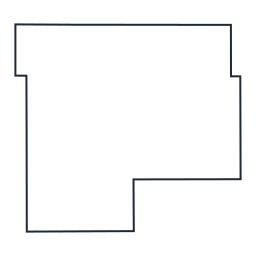 outline of Grundy, Iowa, United States of America
{"feature_id": "52423323B59450534415384", "entity_name": "Grundy", "entity_type": "district", "adm_level": 2, "iso_a3": "USA", "parent_name": "United States of America", "parent_adm1": "Iowa", "projection": "equal_earth", "projection_center": [-92.822, 42.383], "detail": "fine", "context": "isolated", "style": "outline", "palette": "slate", "viewbox_px": 256, "rotation_deg": 0, "n_neighbors": 0, "source": "geoboundaries", "source_scale": "gbopen_adm2", "svg_char_len": 269}
<svg xmlns="http://www.w3.org/2000/svg" viewBox="0 0 256 256"><path d="M26.8,231.6L133.8,231.1L133.5,179.4L240.6,179.2L240.3,76.3L231.0,76.3L230.9,24.9L69.7,24.7L15.4,24.4L15.4,75.6L26.4,75.7L26.6,127.7L26.8,231.6Z" fill="none" stroke="#1e293b" stroke-width="2"/></svg>